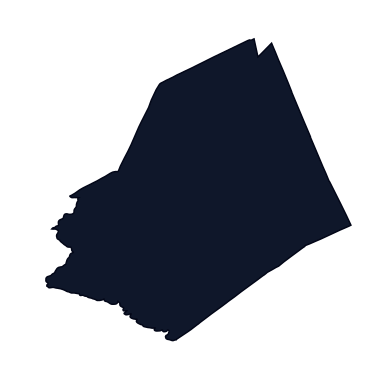 outline of Tan Hong, Ðong Tháp, Vietnam, rotated 264°
{"feature_id": "81297802B34572770830938", "entity_name": "Tan Hong", "entity_type": "district", "adm_level": 2, "iso_a3": "VNM", "parent_name": "Vietnam", "parent_adm1": "Ðong Tháp", "projection": "equal_earth", "projection_center": [105.442, 10.879], "detail": "fine", "context": "isolated", "style": "filled", "palette": "ink", "viewbox_px": 384, "rotation_deg": 264, "n_neighbors": 0, "source": "geoboundaries", "source_scale": "gbopen_adm2", "svg_char_len": 5628}
<svg xmlns="http://www.w3.org/2000/svg" viewBox="0 0 384 384"><g transform="rotate(264 192 192)"><path d="M331.7,286.7L322.8,275.9L319.4,271.7L337.8,269.7L337.6,269.0L337.2,268.0L336.8,266.8L336.8,266.2L337.1,265.7L337.2,265.3L337.2,264.9L337.1,264.6L336.7,263.1L324.0,227.7L318.2,212.2L315.2,204.2L310.1,189.6L308.1,184.8L305.8,178.2L304.4,174.8L303.6,172.6L303.1,171.6L302.2,170.7L297.5,167.1L287.6,161.1L280.6,157.7L267.0,148.9L262.2,145.9L245.4,136.4L239.1,132.5L232.8,128.3L225.1,123.4L222.0,121.8L220.3,120.8L220.0,120.4L220.3,118.3L220.2,116.5L220.0,115.0L219.1,112.6L216.5,107.2L215.2,103.9L213.0,98.9L208.8,87.7L207.4,84.0L205.9,80.6L203.0,75.5L201.4,72.0L200.8,70.2L200.5,70.1L200.3,70.2L199.6,70.9L199.2,71.4L198.9,72.1L198.8,73.1L198.8,74.3L198.7,74.9L198.5,76.2L198.5,76.9L198.3,77.9L198.2,78.5L198.1,78.3L197.7,77.9L197.2,77.8L196.3,77.7L196.0,77.8L195.5,77.8L195.3,77.8L194.5,77.2L194.2,76.9L193.1,76.3L191.8,75.8L190.4,75.6L189.3,75.3L188.6,74.7L187.5,73.6L187.0,73.2L186.5,73.0L185.6,72.7L184.3,72.6L183.7,72.4L183.5,72.2L183.0,71.5L182.7,71.0L182.6,70.5L182.5,70.1L182.5,69.4L182.5,68.4L182.6,67.6L182.9,66.6L183.4,65.3L183.4,64.7L183.4,63.9L183.2,63.3L183.0,62.9L182.7,62.6L181.6,62.0L179.7,61.3L179.3,61.0L179.0,60.5L178.0,57.5L177.5,56.8L177.0,56.4L176.5,56.1L175.8,55.9L172.9,55.8L172.7,55.7L172.5,55.4L172.4,54.8L172.3,53.8L172.1,53.2L171.4,52.3L171.2,52.0L171.1,51.8L170.9,50.2L170.7,49.6L169.9,48.7L169.6,50.0L169.6,50.4L169.5,51.6L169.4,52.2L169.2,52.8L168.7,53.6L167.6,55.0L167.4,55.1L167.1,55.1L166.2,54.7L165.7,54.5L165.0,54.1L164.3,53.5L163.6,53.0L162.9,52.8L162.4,52.7L162.1,52.7L160.0,53.0L159.6,53.2L158.9,54.0L158.5,54.6L158.0,55.2L157.7,55.5L156.8,55.9L156.2,56.4L155.2,57.4L154.7,57.9L154.2,58.4L153.4,59.1L152.8,59.7L152.1,60.7L150.9,61.8L150.4,62.5L150.2,63.2L150.0,64.1L149.9,65.4L149.8,65.6L149.7,65.8L148.7,66.2L148.3,66.3L147.2,66.3L146.7,66.3L146.1,66.5L145.4,66.9L144.8,67.6L144.6,67.7L144.4,67.7L144.1,67.2L143.7,65.7L143.4,65.1L142.9,64.5L142.5,64.2L141.8,63.8L140.9,63.5L140.4,63.3L139.9,62.9L139.5,62.6L139.2,62.0L138.7,61.5L138.2,61.1L137.6,60.7L136.8,60.3L135.1,59.6L134.3,59.3L133.7,59.1L133.5,58.9L133.3,58.8L133.0,58.0L132.5,57.0L131.5,55.5L131.3,55.0L131.2,54.4L131.2,53.5L131.1,52.7L131.0,51.7L130.7,50.9L130.3,50.2L129.8,49.6L129.3,49.2L127.3,47.6L126.7,47.3L126.3,47.2L126.2,47.1L126.0,46.8L125.8,46.5L125.2,45.0L124.9,44.4L124.6,44.0L124.0,43.4L123.8,43.1L123.4,41.8L122.9,39.5L122.5,38.7L122.0,38.2L121.6,37.9L121.1,37.7L120.5,37.6L120.1,37.6L119.0,37.4L118.5,37.5L118.0,37.7L117.5,38.2L117.0,38.9L116.7,39.2L116.4,39.2L115.3,39.0L115.1,38.9L115.1,38.7L115.1,38.3L114.5,37.9L113.4,37.9L113.2,38.5L112.6,38.9L112.0,39.3L111.7,40.0L111.6,40.8L111.7,43.2L111.6,44.2L111.5,44.7L110.8,46.5L110.5,47.7L110.3,48.6L110.0,49.4L109.8,50.2L109.5,51.2L108.6,53.3L107.5,55.3L106.4,56.9L106.0,57.6L105.7,58.5L105.5,59.1L104.5,60.8L104.2,61.5L104.1,62.3L104.0,63.5L103.9,64.3L103.2,66.7L102.9,67.8L102.8,68.6L102.6,69.2L102.6,69.3L101.8,69.3L101.2,69.6L100.8,70.1L100.7,70.6L100.8,72.3L100.6,72.9L100.4,73.4L100.0,73.9L99.7,74.5L99.2,76.4L99.2,76.5L98.9,76.8L98.4,77.3L97.9,78.1L97.5,79.2L97.0,80.8L96.7,81.4L96.2,82.2L95.5,84.1L94.4,85.8L94.1,86.2L93.9,87.6L93.8,88.8L93.9,90.1L94.1,91.5L94.2,91.9L94.6,92.6L94.7,93.3L93.6,93.5L93.0,93.6L92.6,94.1L92.3,94.6L92.0,95.6L91.7,96.2L91.4,96.7L90.9,97.3L90.4,98.0L89.7,98.8L89.2,99.5L88.8,100.4L88.6,102.0L88.5,103.6L88.6,104.7L88.9,105.5L89.5,106.1L90.5,106.7L91.0,106.9L90.8,107.1L90.2,107.6L89.6,108.1L89.1,108.5L88.8,108.6L87.1,108.5L86.4,108.8L86.0,109.1L85.4,109.8L84.9,110.5L84.5,111.3L84.2,111.7L84.0,111.8L83.8,111.8L83.4,111.8L83.1,111.6L82.7,111.3L82.2,111.1L81.8,111.1L81.2,111.3L80.8,112.0L80.8,113.2L80.7,114.7L80.4,114.5L79.3,113.2L79.0,112.6L78.9,112.3L78.6,111.9L78.1,111.8L77.5,112.4L76.9,113.2L76.7,114.2L76.8,115.8L76.9,116.2L77.2,117.5L77.3,117.9L77.3,118.5L77.2,118.7L76.4,118.6L76.1,118.3L75.9,118.0L75.4,117.6L75.0,117.5L74.6,117.4L73.8,117.6L73.2,118.2L72.7,118.9L72.2,119.9L71.8,120.9L71.7,121.4L71.3,122.9L71.3,123.8L71.2,124.0L70.9,124.1L70.6,124.0L70.0,123.5L69.5,123.2L68.9,123.2L68.3,123.5L67.7,124.0L67.1,124.7L65.7,126.9L65.4,127.6L65.2,128.2L65.0,128.7L64.7,128.9L64.5,129.1L64.0,129.3L63.5,129.6L63.1,130.3L62.0,133.5L61.8,134.1L61.6,135.2L61.4,136.1L61.0,137.2L60.7,138.7L60.7,139.7L60.9,140.6L60.8,141.0L60.6,141.1L59.8,140.5L59.5,140.2L59.1,140.1L58.6,140.2L58.1,140.6L57.8,141.1L57.5,141.9L57.4,142.9L57.3,144.7L57.3,145.9L57.5,146.7L58.0,147.7L58.0,148.0L57.9,148.2L57.7,148.2L57.4,148.2L56.9,148.3L56.4,148.7L56.0,149.2L55.9,150.0L55.9,150.8L56.1,151.7L56.3,152.4L56.8,152.8L57.2,153.1L57.4,153.3L57.4,153.5L56.6,154.5L56.2,154.7L55.8,154.7L55.5,154.6L54.9,154.3L53.4,153.6L53.1,153.3L52.5,152.5L52.4,152.2L52.1,151.3L51.8,151.0L51.4,150.8L50.9,150.5L50.2,150.6L49.6,150.7L48.9,151.0L48.4,151.6L48.0,152.4L47.7,153.5L47.2,154.9L46.8,155.6L46.4,156.5L46.2,157.3L46.2,157.9L46.4,158.7L46.7,159.9L46.8,160.1L46.7,160.3L46.5,160.6L47.1,161.3L47.4,161.7L53.4,173.1L55.2,176.4L59.4,183.2L60.1,184.5L61.4,186.4L67.4,196.3L68.8,198.6L75.2,209.7L77.2,213.0L77.7,213.9L79.3,216.4L83.2,223.2L87.4,230.0L89.4,233.4L97.3,247.0L101.3,253.7L102.1,255.3L103.2,257.0L104.2,258.4L106.4,263.6L108.2,267.6L109.2,270.4L112.9,276.0L117.4,283.5L125.0,296.4L126.1,298.5L126.9,299.0L128.1,303.4L130.1,309.7L131.8,315.2L138.7,335.3L141.6,344.5L142.4,346.6L152.5,343.1L164.5,338.7L187.6,330.0L188.9,329.3L196.1,327.2L203.5,324.8L224.9,318.3L234.7,315.3L234.8,315.5L250.8,310.6L280.8,301.6L281.3,301.6L289.9,299.2L303.5,295.2L314.7,291.7L321.4,289.8L331.7,286.7Z" fill="#0f172a" stroke="#020617" stroke-width="1.5"/></g></svg>